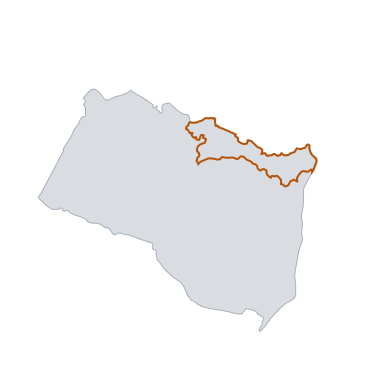 Ghana, with Volta highlighted, rotated 298°
{"feature_id": "GHA-2173", "entity_name": "Volta", "entity_type": "Region", "adm_level": 1, "iso_a3": "GHA", "parent_name": "Ghana", "parent_adm1": "", "projection": "albers", "projection_center": [0.32, 7.267], "detail": "fine", "context": "in_parent", "style": "outline", "palette": "amber", "viewbox_px": 384, "rotation_deg": 298, "n_neighbors": 0, "source": "natural_earth", "source_scale": "10m", "svg_char_len": 8156}
<svg xmlns="http://www.w3.org/2000/svg" viewBox="0 0 384 384"><g transform="rotate(298 192 192)"><path d="M233.9,54.2L236.6,56.8L237.2,58.3L236.2,64.0L234.2,67.9L232.9,71.7L233.1,73.5L234.3,75.4L238.5,78.3L240.7,80.2L243.2,83.1L246.1,85.9L251.1,89.5L253.2,90.2L253.2,91.2L252.5,92.6L252.0,106.3L251.6,109.8L251.3,111.5L250.8,116.6L250.3,117.4L249.3,117.3L248.4,117.5L248.2,118.5L248.6,119.6L251.6,120.3L250.9,121.1L248.7,121.8L247.7,123.3L248.1,125.0L246.9,126.4L247.2,127.4L248.0,128.1L249.3,127.8L252.8,125.5L254.3,125.2L256.1,125.7L259.5,129.3L259.7,131.1L258.3,137.1L256.9,141.7L256.7,147.9L258.1,151.3L257.9,153.2L256.4,154.9L252.9,157.3L253.2,158.9L254.8,162.0L257.7,165.3L263.5,169.5L266.5,175.0L266.6,177.2L264.8,179.4L262.7,181.4L262.1,184.2L263.0,202.4L258.4,210.4L258.4,212.7L258.9,215.3L260.1,216.9L262.4,217.3L264.3,218.9L263.6,224.4L262.6,230.1L262.5,232.9L261.9,234.2L260.1,235.2L259.4,237.0L259.9,239.2L259.6,240.9L260.5,243.0L262.6,245.6L266.0,252.2L267.3,252.7L267.8,254.1L267.5,255.4L268.8,258.3L272.5,261.2L276.4,263.8L279.6,264.1L280.3,266.4L282.4,269.3L283.9,270.5L286.3,271.3L288.3,271.8L288.4,274.2L284.8,275.9L282.4,278.4L280.6,282.2L278.1,286.5L269.3,288.7L266.0,288.7L248.0,288.8L231.1,297.1L221.5,300.0L215.5,304.7L207.4,308.0L201.8,312.0L190.2,313.9L171.1,320.1L165.1,322.6L159.0,327.0L149.2,332.1L145.3,332.0L137.7,327.1L131.9,324.7L117.8,320.9L107.2,319.4L102.1,317.8L100.7,317.5L101.9,315.8L104.9,315.7L107.9,316.2L110.3,314.9L113.7,314.8L114.7,313.4L115.0,309.9L114.9,307.1L116.2,305.9L116.5,302.6L114.8,295.2L113.7,294.4L107.5,293.3L107.1,291.8L106.0,290.3L104.8,286.5L103.5,280.8L101.4,273.8L97.4,262.3L96.4,258.2L95.7,254.1L95.6,249.1L96.4,247.3L96.3,244.7L96.0,242.2L98.9,236.4L104.7,229.2L105.9,226.6L107.0,224.9L107.1,222.3L108.2,213.9L111.0,203.8L112.8,200.0L113.9,198.0L115.3,194.6L115.7,193.1L121.0,189.1L123.4,188.1L123.9,186.5L123.1,184.8L123.5,183.7L124.8,183.1L126.7,182.6L128.1,181.0L126.0,168.6L124.3,156.1L124.2,155.1L123.1,153.4L122.1,148.2L120.4,145.2L117.9,144.3L117.9,141.5L120.5,136.7L121.1,133.9L119.9,133.1L119.8,130.9L120.6,127.4L120.2,125.2L119.8,122.9L117.3,117.5L116.7,113.6L118.0,111.4L118.0,106.5L116.6,98.9L116.5,94.1L117.4,92.1L117.0,90.2L115.1,88.4L115.0,86.6L116.6,84.9L116.4,83.6L114.4,82.6L112.7,80.3L111.1,76.6L111.5,70.6L114.5,59.7L114.9,58.8L118.3,58.9L118.3,59.4L128.7,59.3L140.7,59.3L154.9,59.2L167.9,59.2L168.5,58.7L170.6,58.1L183.7,59.2L191.9,58.7L195.4,59.1L197.9,59.8L203.6,59.4L206.6,59.7L208.9,62.4L209.8,62.4L211.1,61.2L213.3,59.9L215.7,58.9L217.3,56.7L218.3,55.1L219.8,55.5L221.9,55.4L223.4,54.0L223.9,51.9L233.9,54.2Z" fill="#d9dde1" stroke="#a8b0b8" stroke-width="1"/><path d="M262.9,195.2L262.9,195.4L262.9,198.1L263.3,200.6L263.2,202.9L263.3,203.7L262.1,203.5L261.5,204.4L261.4,205.7L261.4,206.9L261.1,207.5L260.5,207.8L259.8,208.0L259.3,208.3L258.8,208.7L258.6,209.2L258.4,209.7L258.2,212.3L258.5,214.4L259.2,216.3L260.5,217.6L261.3,217.7L262.2,217.5L263.8,216.9L264.1,217.3L264.8,220.2L264.7,221.1L264.1,222.7L263.7,224.8L262.7,227.4L262.5,229.1L262.7,231.1L262.7,233.0L261.9,234.5L261.3,234.8L259.5,235.3L258.8,235.3L258.2,235.5L258.7,236.2L259.9,237.2L260.5,238.1L260.4,238.8L259.4,240.4L259.1,241.3L259.3,241.7L259.7,242.0L260.2,242.4L261.5,244.7L261.8,245.1L262.5,245.3L263.3,245.7L263.9,246.3L264.3,247.0L264.3,247.7L264.0,249.9L264.2,250.8L264.8,251.3L265.4,251.8L265.8,252.5L266.2,252.5L267.4,252.5L267.8,252.6L268.4,253.1L268.3,253.5L268.0,253.9L267.7,254.5L267.7,254.8L267.7,255.7L267.9,256.7L268.5,257.8L269.2,258.8L270.1,259.8L272.2,260.8L273.3,261.5L274.7,263.2L275.3,263.7L276.2,263.9L279.5,263.9L280.7,267.4L281.3,268.4L281.7,268.7L282.0,268.8L282.3,269.0L282.7,269.3L283.2,270.2L283.7,270.8L284.3,271.1L287.9,271.5L288.4,272.2L288.3,273.7L288.0,273.8L286.0,274.9L284.5,276.1L282.3,278.5L281.8,279.2L280.8,281.4L280.6,282.2L280.5,283.1L280.1,285.2L279.7,286.0L278.3,287.3L276.5,287.9L268.2,288.9L266.0,288.7L267.0,288.1L267.8,287.8L268.0,287.6L268.1,287.4L268.0,287.1L267.9,286.9L267.7,286.7L267.2,286.3L266.6,286.0L265.6,285.7L265.0,285.3L264.5,284.9L264.1,284.3L262.5,280.1L262.1,279.6L261.7,279.4L261.1,279.1L257.7,278.3L254.2,278.1L253.8,278.2L253.4,278.3L253.0,278.4L252.2,278.8L251.4,279.4L251.1,279.7L251.0,279.9L250.6,280.6L250.7,276.6L250.7,276.2L250.5,275.9L249.0,275.0L248.1,274.3L247.5,273.9L246.7,273.8L243.8,273.9L243.0,273.7L240.9,272.1L240.7,271.7L240.6,270.9L240.8,270.1L241.1,269.6L241.3,269.0L241.2,268.2L240.9,267.4L240.7,266.9L240.9,266.7L242.8,265.9L243.5,265.5L244.2,265.0L244.4,264.8L244.5,264.7L244.8,264.3L244.9,264.1L246.1,260.3L246.2,259.9L246.1,259.5L246.0,258.9L245.8,258.6L245.6,258.4L245.0,258.1L244.7,257.8L244.5,257.4L244.4,257.2L244.3,256.9L244.2,255.9L244.0,255.5L243.9,255.3L243.8,255.1L243.6,255.0L243.4,254.9L243.2,254.9L241.9,255.0L241.6,254.9L241.5,254.2L241.7,253.4L242.4,250.8L242.6,250.3L242.7,250.1L242.8,250.0L243.0,249.8L243.1,249.7L243.8,248.9L244.0,248.8L245.7,247.8L245.9,247.6L246.0,247.4L246.1,247.1L246.1,246.6L245.9,244.7L245.7,244.3L245.4,243.9L245.2,243.6L244.8,243.4L244.4,243.2L243.7,242.9L243.4,242.7L243.1,242.1L242.9,241.7L243.0,241.2L243.1,240.7L243.5,239.5L243.7,239.0L243.9,238.6L244.7,237.9L244.9,237.8L245.5,237.2L245.8,236.7L245.9,236.4L246.0,236.0L246.1,235.3L246.0,234.1L245.8,233.0L245.7,232.8L245.7,232.4L245.8,232.0L246.1,231.1L246.4,230.3L246.5,230.1L246.6,229.4L246.4,227.0L246.2,225.6L246.2,225.4L246.3,224.9L247.0,222.6L247.2,221.2L247.2,220.6L247.0,219.3L246.8,219.1L246.6,218.8L246.1,218.3L245.7,218.1L245.4,217.9L244.2,217.6L242.6,216.8L242.4,216.6L242.3,216.3L242.1,215.8L242.0,215.4L241.9,212.8L241.8,212.6L241.3,211.3L238.4,206.4L237.4,203.5L237.3,202.9L237.2,202.5L236.9,202.2L236.4,201.8L236.1,201.7L235.1,201.6L234.7,201.5L234.2,201.3L233.8,201.0L233.5,200.6L232.4,198.9L232.3,198.7L232.2,198.2L232.0,196.7L231.9,196.2L230.0,191.8L229.5,191.0L229.0,190.4L222.9,185.5L222.1,185.1L219.6,184.4L220.5,183.5L221.4,181.6L221.7,181.3L222.0,181.2L222.4,181.3L222.8,181.3L223.2,181.2L224.7,180.7L225.0,180.7L225.2,180.8L226.2,181.3L226.4,181.4L226.8,181.4L227.2,181.4L227.9,181.3L228.3,181.0L228.5,180.8L228.7,180.4L229.0,180.3L229.3,180.2L229.5,180.0L229.5,179.8L230.0,179.0L230.1,178.8L230.1,178.5L230.0,178.3L230.1,177.9L230.3,177.6L230.9,177.0L231.4,176.7L231.7,176.5L233.6,175.9L234.5,175.8L235.6,176.0L236.5,176.3L237.2,176.6L238.7,177.6L239.4,178.2L239.8,178.7L240.7,179.6L241.2,180.0L241.7,180.1L242.5,180.1L244.2,179.9L244.9,179.7L245.3,179.4L245.4,179.2L245.4,178.9L245.3,178.7L245.2,178.6L245.0,176.8L245.0,176.5L245.1,176.2L245.3,176.1L245.6,176.0L246.9,176.0L247.2,175.9L247.4,175.7L247.4,175.4L247.4,175.2L247.4,174.7L246.8,173.7L246.7,173.6L246.3,173.4L246.0,173.3L245.8,173.3L244.5,173.4L243.5,173.7L242.5,173.8L242.3,173.8L241.8,173.8L241.3,173.6L241.1,173.6L241.0,173.4L240.9,173.3L240.8,173.1L240.9,172.6L240.9,172.3L240.8,171.8L240.7,171.4L240.6,171.1L240.7,170.8L240.9,170.6L241.2,170.4L241.5,170.4L241.9,170.2L242.1,170.0L242.3,169.8L242.2,169.6L242.1,169.4L242.0,169.2L241.1,168.8L241.0,168.7L240.9,168.5L240.8,168.3L240.8,168.1L240.8,167.8L240.9,167.6L241.4,166.2L241.7,165.6L242.1,164.8L242.4,164.6L242.6,164.6L242.8,164.6L243.2,164.8L243.5,164.9L243.8,164.9L244.1,164.8L244.3,164.6L244.3,164.3L244.3,164.1L244.2,163.9L244.0,163.7L243.6,163.3L243.3,162.9L243.2,162.7L243.1,162.3L243.2,161.9L243.4,161.6L244.2,160.4L244.6,159.8L244.9,159.0L245.1,158.6L245.1,158.4L245.0,158.2L244.9,158.0L244.7,157.8L244.7,157.6L244.8,157.3L245.0,157.1L246.2,156.6L246.6,156.5L246.8,156.5L247.1,156.5L247.3,156.6L248.3,157.2L248.5,157.2L248.8,157.3L249.1,157.3L249.3,157.3L250.7,157.0L251.0,157.0L252.7,157.2L253.0,158.8L254.2,161.5L256.0,164.0L257.7,165.1L258.4,166.0L259.5,167.0L260.6,167.8L263.5,169.1L264.2,170.7L264.8,172.4L266.4,173.8L266.5,174.2L266.5,174.7L266.6,175.4L266.6,175.8L266.6,176.0L266.8,176.2L267.3,176.3L267.5,176.4L267.6,177.5L267.3,178.2L266.6,178.6L264.7,179.4L264.0,179.9L262.5,181.2L262.2,181.4L261.9,181.4L261.6,181.6L261.6,182.2L261.8,182.6L262.1,183.0L262.4,183.3L262.5,183.9L262.2,184.5L261.9,184.8L261.7,185.1L261.9,186.2L262.1,188.2L262.5,189.9L262.5,190.7L262.5,192.3L262.9,195.2Z" fill="none" stroke="#b45309" stroke-width="2"/></g></svg>